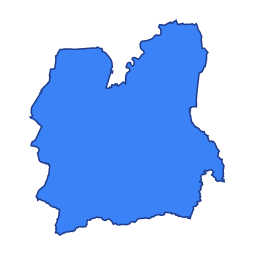 outline of Sankhaburi, Chai Nat, Thailand, rotated 272°
{"feature_id": "78962969B50930938834164", "entity_name": "Sankhaburi", "entity_type": "district", "adm_level": 2, "iso_a3": "THA", "parent_name": "Thailand", "parent_adm1": "Chai Nat", "projection": "orthographic", "projection_center": [100.153, 15.021], "detail": "fine", "context": "isolated", "style": "filled", "palette": "blue", "viewbox_px": 256, "rotation_deg": 272, "n_neighbors": 0, "source": "geoboundaries", "source_scale": "gbopen_adm2", "svg_char_len": 5747}
<svg xmlns="http://www.w3.org/2000/svg" viewBox="0 0 256 256"><g transform="rotate(272 128 128)"><path d="M234.7,192.6L234.4,192.2L233.7,191.7L233.4,191.1L233.8,189.5L234.2,189.1L234.3,188.8L233.7,185.3L233.7,182.1L233.3,179.8L234.5,179.2L233.7,176.3L233.4,176.3L233.4,173.9L237.3,172.3L236.3,171.3L235.9,169.8L234.7,169.4L234.3,167.0L235.0,167.0L234.5,166.2L234.9,165.9L231.9,160.8L232.4,156.0L230.0,155.2L229.5,155.4L228.0,157.3L224.9,157.6L223.4,157.5L222.0,156.7L221.6,155.8L222.0,153.1L221.6,153.0L221.6,152.3L221.0,151.5L218.1,149.1L216.4,145.2L215.7,142.3L215.3,139.2L215.0,138.5L213.9,137.7L212.7,137.3L210.3,137.4L208.1,138.0L207.3,138.5L205.8,140.5L205.0,141.2L203.8,141.5L202.8,141.1L202.3,140.7L201.6,139.2L198.5,137.4L197.4,136.3L197.5,134.8L198.4,132.9L198.6,131.8L198.6,131.0L198.1,130.1L197.3,129.7L196.8,129.7L194.8,131.9L191.7,131.7L191.1,131.5L190.3,130.7L190.1,130.2L190.5,129.7L191.3,129.0L192.9,128.5L193.5,127.9L193.5,126.7L193.0,125.6L192.5,125.2L189.7,124.1L188.2,124.2L188.1,126.6L187.7,127.2L185.2,127.9L184.6,126.9L183.7,126.1L183.1,125.1L181.1,124.3L178.6,123.9L172.2,124.0L173.8,121.8L170.5,117.8L169.6,116.2L170.2,115.6L171.5,115.7L171.7,113.8L170.6,113.8L170.5,110.2L168.1,110.1L168.2,108.3L167.1,108.2L167.1,104.6L182.5,108.7L182.4,110.5L184.5,110.6L184.4,108.7L188.8,110.2L193.2,109.6L195.3,108.7L196.5,107.9L199.4,105.7L202.7,102.5L203.6,99.6L205.7,99.7L206.6,98.9L206.5,97.1L207.8,94.7L206.7,93.1L206.7,89.9L204.7,71.6L204.9,67.9L204.7,61.3L204.1,59.2L204.1,57.4L203.8,57.1L200.4,55.3L197.8,54.2L197.1,53.6L197.3,53.2L193.0,53.6L184.8,52.7L184.5,51.6L184.1,48.7L183.6,48.3L181.1,48.4L179.4,47.8L177.1,47.7L176.6,48.5L176.9,49.3L175.7,48.1L171.7,47.8L170.6,46.7L170.5,46.9L169.4,45.9L169.3,46.0L166.2,42.8L164.0,40.9L163.8,41.1L162.2,39.6L161.1,40.5L159.8,38.7L159.1,39.0L145.4,31.1L143.7,30.8L139.8,30.8L136.5,32.2L135.5,30.5L135.5,29.9L134.6,30.5L133.7,33.4L130.2,37.8L129.8,37.5L126.4,41.8L125.1,41.0L113.6,36.3L112.2,35.2L110.7,32.7L109.4,32.2L107.0,31.7L106.3,36.1L105.8,37.5L104.9,38.9L103.4,40.2L101.2,39.4L99.9,38.5L92.8,40.4L91.8,41.0L91.2,41.9L90.1,45.0L90.1,46.1L90.3,47.1L89.3,47.3L89.6,49.7L88.2,49.8L87.9,50.9L87.2,51.1L77.9,50.4L77.7,49.8L74.0,49.1L72.7,48.6L72.6,48.3L69.8,47.5L67.3,46.4L63.4,41.9L62.3,40.9L56.3,38.7L55.0,39.3L55.1,40.3L52.7,40.3L53.4,41.3L53.7,43.0L52.7,44.0L52.0,47.2L51.2,48.3L50.5,48.7L50.0,49.7L50.0,50.4L50.3,50.8L49.6,51.2L48.8,52.3L48.2,52.6L47.6,53.4L47.1,54.7L46.6,55.1L45.9,59.0L45.1,59.3L44.8,59.9L44.7,60.9L44.0,61.5L44.2,62.5L43.3,62.6L40.5,61.9L38.8,62.3L38.2,61.9L37.7,62.0L35.3,61.5L34.1,60.2L33.5,60.3L32.7,60.9L28.2,58.7L26.7,59.7L25.5,60.0L25.2,59.3L23.2,59.9L21.2,59.1L20.6,59.4L20.7,61.3L20.0,62.3L18.7,63.2L18.8,64.1L19.8,65.5L20.2,66.5L21.1,67.2L21.1,68.9L22.1,69.7L22.0,71.2L22.2,72.8L22.6,73.6L22.8,75.0L22.6,76.0L23.3,76.7L23.3,77.9L24.3,78.8L25.4,79.1L26.1,79.6L26.5,80.4L26.5,81.0L26.9,81.6L27.2,81.6L27.6,82.4L27.7,83.4L27.5,84.1L27.8,84.7L27.5,86.0L28.0,89.2L28.4,89.2L29.9,90.3L32.6,90.2L34.6,90.6L34.8,91.1L34.6,93.5L36.4,95.2L36.6,96.9L37.3,98.9L37.9,99.8L37.4,101.9L37.6,104.4L37.2,104.9L35.7,105.7L34.8,108.4L34.9,108.9L36.4,111.4L36.3,112.8L33.8,115.3L31.3,116.7L32.3,119.1L31.4,119.9L30.8,121.6L30.8,122.6L31.4,124.9L31.5,130.7L32.5,133.1L33.9,133.8L34.4,134.5L34.4,135.1L34.7,135.9L34.1,136.8L34.1,138.0L34.7,138.9L37.0,140.6L37.9,142.3L38.1,145.1L38.7,148.9L38.3,152.7L38.6,153.3L40.1,155.0L40.2,155.6L39.9,156.3L41.1,157.5L41.6,159.0L42.4,160.3L42.4,162.4L42.0,163.4L42.1,165.2L42.4,166.8L42.7,167.2L45.0,167.9L44.7,174.3L43.9,174.3L43.8,178.8L42.6,178.8L42.6,181.5L41.5,181.5L41.6,183.8L40.9,185.6L40.8,187.5L41.2,190.8L40.0,190.9L39.7,193.4L41.3,193.0L41.5,193.8L42.9,193.6L43.5,194.4L47.6,195.7L48.6,196.4L51.1,195.9L52.0,197.0L52.2,198.7L53.6,199.6L54.1,200.4L54.4,200.5L55.4,199.6L56.5,199.4L56.8,200.9L57.1,201.1L57.0,202.1L58.2,203.4L60.4,202.2L61.1,202.3L61.8,203.1L63.5,202.1L64.8,202.5L66.9,201.1L67.7,201.7L68.4,202.8L69.5,202.6L70.4,203.2L70.9,202.6L71.4,202.5L72.5,203.1L72.9,203.8L73.7,203.6L73.9,204.2L74.3,204.5L75.0,204.0L76.1,204.3L76.4,204.1L76.1,202.9L76.6,202.3L76.6,201.6L77.1,201.4L78.0,202.9L78.3,203.1L79.2,203.1L81.4,202.5L84.2,203.4L84.6,204.2L84.0,205.3L84.9,207.2L85.3,207.5L86.3,207.3L86.7,205.7L87.2,205.5L87.6,205.6L88.4,207.2L87.8,208.2L87.8,209.0L88.9,210.8L89.2,211.9L88.6,213.6L87.0,215.2L86.3,214.4L84.9,213.9L84.3,213.3L83.8,213.3L83.1,214.6L82.0,215.7L81.3,217.4L80.7,217.5L79.5,217.3L78.9,217.7L77.9,219.3L77.9,220.1L78.6,221.8L78.5,222.7L77.9,224.3L77.7,226.1L80.1,225.6L80.6,223.4L81.6,223.9L82.8,225.2L85.2,224.5L85.6,224.8L85.6,224.6L90.2,224.8L93.0,225.1L93.3,225.3L94.0,224.9L94.2,224.5L94.5,224.6L95.5,224.1L95.8,223.5L98.8,223.0L100.1,223.1L100.0,221.4L100.6,221.2L100.8,221.0L100.6,220.9L101.6,220.4L102.3,218.7L105.9,219.2L106.2,218.8L108.1,220.1L111.1,217.2L111.3,217.1L111.4,217.3L115.7,215.4L117.7,213.4L117.1,212.7L117.9,211.9L117.2,209.9L120.9,208.1L121.0,208.4L122.4,207.9L122.9,208.3L124.5,205.0L126.9,204.3L127.1,203.0L126.9,201.6L127.7,200.9L128.1,200.1L129.9,198.9L130.5,197.6L131.8,195.5L131.4,195.1L134.2,193.1L135.5,192.4L135.5,192.1L136.1,191.8L136.2,191.1L137.1,191.1L142.3,190.1L146.0,188.9L146.2,189.6L147.4,189.0L147.9,189.8L148.7,189.3L149.0,188.8L150.3,190.2L150.7,189.9L151.6,192.3L151.6,195.6L153.2,195.2L153.5,195.7L157.2,195.3L163.8,195.4L165.3,195.7L168.2,195.7L184.7,197.1L185.7,197.5L185.8,198.3L186.2,198.5L186.3,199.5L186.8,199.5L187.3,200.3L188.0,200.5L189.1,201.2L191.9,201.8L192.1,202.2L192.0,202.9L198.1,204.0L203.9,204.0L205.2,204.3L206.2,205.2L210.3,201.6L210.4,200.9L210.2,199.2L213.8,198.9L214.6,198.5L216.7,198.6L218.4,198.0L221.8,198.5L226.1,196.6L229.2,194.4L232.1,193.8L234.7,192.6Z" fill="#3b82f6" stroke="#1e3a8a" stroke-width="1.5"/></g></svg>